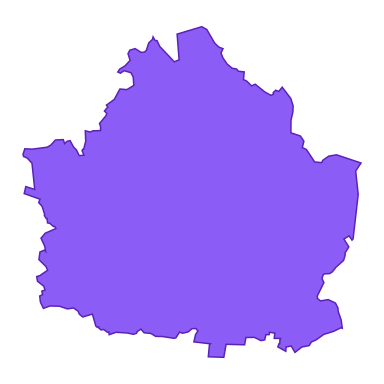 the district of Kilkenny Lea-7, Kilkenny, Ireland
{"feature_id": "5873133B31102930937386", "entity_name": "Kilkenny Lea-7", "entity_type": "district", "adm_level": 2, "iso_a3": "IRL", "parent_name": "Ireland", "parent_adm1": "Kilkenny", "projection": "mercator", "projection_center": [-7.278, 52.671], "detail": "fine", "context": "isolated", "style": "filled", "palette": "violet", "viewbox_px": 384, "rotation_deg": 0, "n_neighbors": 0, "source": "geoboundaries", "source_scale": "gbopen_adm2", "svg_char_len": 2733}
<svg xmlns="http://www.w3.org/2000/svg" viewBox="0 0 384 384"><path d="M95.8,326.0L97.1,327.2L98.6,326.9L98.5,327.8L101.1,329.9L103.7,329.5L107.3,332.2L108.8,332.1L109.2,334.7L116.0,332.3L127.3,333.0L133.5,334.3L136.5,333.3L137.2,331.6L140.9,329.1L144.1,332.8L150.8,333.4L155.7,336.4L162.2,336.5L174.1,338.3L176.0,337.7L179.6,332.1L182.3,333.2L184.6,332.8L188.4,331.8L191.9,328.7L195.8,328.5L197.9,331.0L195.6,334.4L193.9,341.9L210.4,343.8L209.4,345.0L208.3,356.8L223.8,357.3L226.1,344.3L244.6,344.8L245.9,337.5L254.5,337.4L260.9,340.6L264.7,339.9L265.9,334.7L269.2,334.6L269.5,332.3L274.8,333.1L274.2,338.4L281.1,338.4L280.0,339.0L279.7,343.8L279.0,343.7L277.8,346.9L285.8,351.3L286.1,347.0L291.2,346.0L295.0,352.4L301.9,347.0L309.1,345.6L311.4,342.0L316.1,339.9L323.8,334.4L333.5,331.4L340.9,327.8L342.3,328.3L341.2,320.0L338.2,311.5L337.9,307.8L335.4,303.0L328.2,299.6L320.5,300.9L317.5,298.5L317.3,296.0L323.9,282.6L322.0,278.6L323.1,274.9L324.3,273.9L329.6,273.6L332.2,272.0L336.1,267.1L343.6,260.4L345.3,254.7L344.9,253.2L348.8,246.9L343.9,239.0L349.1,235.9L352.0,240.1L353.1,238.8L358.2,194.5L355.7,171.0L361.0,163.0L336.5,154.8L328.8,156.1L322.8,160.3L321.7,162.6L314.7,162.0L306.4,149.5L302.3,147.6L303.9,141.2L300.4,136.0L290.9,132.8L291.0,120.2L292.9,112.0L293.1,105.8L290.8,98.5L282.2,87.2L278.8,91.4L275.7,90.2L273.2,92.6L273.5,94.1L271.0,95.4L264.9,92.0L255.2,84.2L251.6,85.9L246.7,81.1L243.5,79.6L244.2,71.9L238.3,71.2L236.6,69.0L232.3,68.3L227.1,64.0L223.0,58.0L221.0,53.1L223.0,48.7L218.7,47.0L214.7,43.1L206.8,29.5L201.8,26.7L177.1,34.1L179.1,59.8L174.3,61.8L159.8,46.5L157.0,40.6L155.1,40.5L153.1,36.9L152.5,39.3L148.7,43.0L146.4,50.3L144.3,52.2L141.0,52.3L135.1,48.6L129.8,50.2L128.0,53.7L130.1,60.4L125.0,65.9L119.8,69.0L117.8,72.0L120.4,73.2L124.1,70.7L130.9,72.7L133.2,77.0L133.8,85.4L126.9,89.6L119.9,89.0L114.3,99.4L106.4,105.1L107.8,107.0L104.4,111.0L106.8,113.4L106.1,115.5L99.5,123.5L100.6,126.7L100.5,130.6L92.9,130.8L90.3,132.0L85.3,130.8L85.7,141.2L83.7,149.2L82.6,149.4L82.1,150.8L84.0,155.2L79.2,155.6L76.5,150.0L73.6,147.1L70.1,140.6L67.2,141.2L64.6,143.6L63.3,139.6L55.4,140.0L50.8,145.1L47.1,147.2L32.6,149.1L24.8,148.8L23.0,154.4L23.6,156.5L27.3,158.1L32.0,163.3L34.7,189.4L25.8,186.6L24.2,193.6L40.0,199.2L38.7,202.6L42.1,206.4L44.7,214.6L44.3,215.5L46.3,218.7L47.1,218.6L47.5,222.9L49.8,223.3L53.4,226.5L54.6,226.3L55.9,228.5L45.2,233.2L41.0,238.2L44.8,246.4L45.6,251.3L44.5,250.1L40.0,251.9L38.9,259.6L46.0,266.6L47.6,270.2L40.0,275.5L36.7,276.6L37.5,281.3L43.8,286.2L45.0,290.0L41.8,291.2L42.6,294.6L39.7,296.0L40.4,302.1L43.4,308.4L49.9,306.0L59.4,306.2L67.4,308.9L73.6,308.0L78.1,311.2L79.3,314.1L82.7,317.0L92.4,314.1L95.8,326.0Z" fill="#8b5cf6" stroke="#5b21b6" stroke-width="1.5"/></svg>